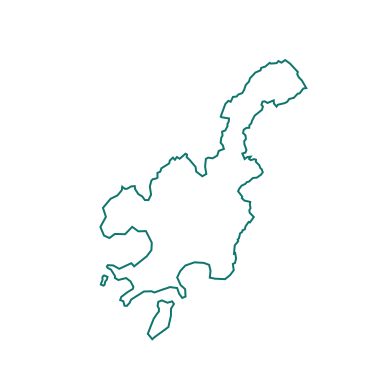 the district of Ceiba, Puerto Rico, rotated 106°
{"feature_id": "32010507B71550850987381", "entity_name": "Ceiba", "entity_type": "district", "adm_level": 2, "iso_a3": "PRI", "parent_name": "Puerto Rico", "parent_adm1": "", "projection": "orthographic", "projection_center": [-65.662, 18.248], "detail": "fine", "context": "isolated", "style": "outline", "palette": "teal", "viewbox_px": 384, "rotation_deg": 106, "n_neighbors": 0, "source": "geoboundaries", "source_scale": "gbopen_adm2", "svg_char_len": 3555}
<svg xmlns="http://www.w3.org/2000/svg" viewBox="0 0 384 384"><g transform="rotate(106 192 192)"><path d="M60.6,110.8L54.5,117.1L52.2,121.1L49.6,123.4L47.5,123.3L41.5,133.2L39.5,138.8L43.0,141.7L42.3,145.0L44.8,146.2L46.8,151.5L46.4,152.9L51.2,156.1L53.6,159.7L56.1,159.6L59.7,164.0L66.8,167.6L70.1,167.6L74.2,169.8L79.7,170.1L83.1,171.0L85.5,174.3L87.9,175.4L89.3,178.8L94.6,179.7L94.4,182.2L98.2,184.2L111.5,185.2L112.0,184.5L111.1,176.7L114.3,176.1L117.0,176.7L118.8,176.0L123.7,177.0L125.7,179.7L129.4,178.2L131.6,178.8L136.7,178.1L138.6,175.3L141.8,173.2L145.1,177.6L150.1,177.8L152.4,180.0L153.9,181.4L154.5,185.9L156.4,187.8L164.0,186.4L170.7,183.2L174.0,186.4L171.2,193.6L166.9,195.5L161.7,203.3L159.9,206.8L157.4,207.1L157.0,208.8L163.4,213.0L162.6,216.2L165.7,217.3L164.2,219.8L167.9,222.0L170.8,221.8L177.7,228.0L181.2,228.1L183.2,230.5L187.7,229.1L188.9,230.1L190.4,233.1L192.3,234.2L198.4,234.0L205.9,230.6L211.8,231.7L212.7,235.1L210.0,238.6L208.8,243.0L205.0,247.4L202.1,248.7L203.4,252.0L206.8,255.3L207.5,257.5L206.2,260.5L209.7,260.0L215.8,262.7L221.0,268.4L231.8,273.2L238.3,268.8L239.7,267.9L248.0,269.8L250.9,270.4L258.1,264.6L259.0,258.7L256.8,257.0L254.1,255.0L253.6,254.6L251.0,244.7L242.0,239.9L242.1,239.6L243.0,237.1L244.6,232.7L244.2,231.5L242.3,225.5L251.8,216.7L259.0,215.0L263.0,216.5L266.3,217.8L279.4,227.1L277.2,230.7L285.9,240.8L284.3,247.4L285.5,252.7L287.1,253.3L288.2,252.1L289.0,248.4L294.2,242.7L295.8,242.5L296.9,238.6L292.9,231.6L294.9,226.4L296.3,225.1L297.0,224.5L299.3,222.2L301.6,222.2L305.7,226.1L306.2,226.5L312.1,230.9L312.5,231.1L315.7,231.2L315.9,227.9L319.9,225.6L319.4,223.2L315.7,221.4L312.2,220.9L300.9,210.8L298.6,203.6L298.9,200.4L293.9,193.4L290.6,188.5L289.5,187.1L288.4,179.8L292.1,177.2L293.2,176.4L296.5,172.2L294.3,169.4L287.3,171.8L286.9,172.6L284.7,177.2L280.3,180.9L278.2,182.7L271.3,181.5L265.4,178.6L264.5,178.1L258.9,170.2L258.5,168.3L256.9,161.2L257.3,155.5L262.6,152.5L266.4,151.8L269.4,151.3L269.2,149.3L269.0,146.0L267.8,141.0L266.7,136.2L266.2,135.9L263.3,133.8L261.4,132.5L255.7,130.3L249.9,132.9L248.3,131.1L246.7,131.2L243.8,131.3L238.9,133.6L239.7,134.6L231.5,136.2L226.5,134.0L225.2,135.0L223.6,134.1L218.6,134.4L216.5,132.8L214.7,132.8L213.4,131.0L210.0,131.0L205.2,129.3L205.3,127.9L199.0,125.7L196.1,130.8L193.7,131.9L191.4,131.3L188.3,132.9L185.5,133.3L185.8,139.3L184.2,142.4L182.6,142.4L178.6,147.9L175.9,147.5L172.3,146.1L169.5,143.0L167.4,142.0L166.3,140.1L161.7,137.3L160.4,133.7L156.3,130.4L153.6,129.4L151.0,131.2L150.0,133.1L147.7,134.7L145.4,138.9L143.3,139.4L143.3,141.4L145.2,144.3L144.4,146.3L141.9,145.4L143.0,148.3L145.8,150.5L141.1,154.2L139.4,151.5L136.5,151.3L131.5,154.9L128.7,155.8L126.3,154.8L122.8,156.2L121.2,159.2L117.8,159.4L115.4,157.4L114.5,154.7L112.0,155.2L109.5,153.9L107.3,154.0L101.3,152.8L93.7,147.4L90.3,147.4L89.0,149.3L85.7,149.1L84.8,147.1L85.6,144.0L81.4,138.7L84.4,137.6L86.6,134.3L84.5,133.6L81.1,127.5L79.0,125.3L75.8,124.2L73.4,120.1L68.4,117.5L67.5,115.7L61.9,113.6L60.6,110.8ZM304.6,178.5L302.6,180.9L305.2,185.1L304.5,191.1L306.9,194.1L311.1,193.7L312.9,191.9L313.1,191.7L316.0,190.9L318.4,191.9L319.0,192.1L323.7,193.7L323.9,193.8L332.6,194.7L340.5,195.4L341.8,193.4L344.5,189.6L342.0,188.1L328.4,177.5L328.2,177.5L326.4,177.6L317.1,178.1L316.6,178.2L312.2,179.4L310.5,179.8L309.9,180.0L304.6,178.5ZM296.9,249.8L296.4,253.5L297.7,254.5L299.7,254.4L300.9,253.8L302.9,253.9L304.6,254.2L306.1,254.1L306.4,251.3L305.3,250.5L302.0,250.7L299.9,249.8L299.7,249.7L296.9,249.8Z" fill="none" stroke="#0f766e" stroke-width="2"/></g></svg>